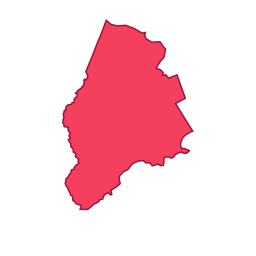 outline of York, Maine, United States of America, rotated 25°
{"feature_id": "52423323B79738313755225", "entity_name": "York", "entity_type": "district", "adm_level": 2, "iso_a3": "USA", "parent_name": "United States of America", "parent_adm1": "Maine", "projection": "natural_earth1", "projection_center": [-70.788, 43.437], "detail": "fine", "context": "isolated", "style": "filled", "palette": "rose", "viewbox_px": 256, "rotation_deg": 25, "n_neighbors": 0, "source": "geoboundaries", "source_scale": "gbopen_adm2", "svg_char_len": 3353}
<svg xmlns="http://www.w3.org/2000/svg" viewBox="0 0 256 256"><g transform="rotate(25 128 128)"><path d="M62.8,39.6L63.6,49.3L64.2,58.8L64.1,59.5L64.2,62.0L64.2,62.3L65.4,81.1L65.5,83.8L66.0,94.8L66.5,95.2L66.8,95.1L68.1,96.6L69.0,97.0L69.3,97.4L69.5,98.8L69.8,99.1L70.1,99.3L70.3,99.6L69.4,102.1L69.3,101.8L68.1,102.1L67.8,102.6L67.8,103.1L67.8,103.5L68.0,103.7L68.8,104.4L69.1,105.1L69.0,106.0L69.7,106.6L69.7,107.6L69.1,109.1L69.4,109.4L69.5,109.8L68.9,110.3L68.6,112.4L68.1,112.8L67.2,114.4L66.6,115.7L66.7,116.3L67.0,116.6L66.9,117.0L65.7,117.9L65.9,118.5L66.3,118.8L67.3,119.0L67.6,118.9L68.2,119.8L68.4,120.6L67.7,123.0L67.2,123.8L67.1,124.6L67.3,125.3L68.2,126.4L68.3,127.1L68.3,127.6L66.7,128.5L66.6,129.0L66.8,129.9L66.3,130.8L65.6,131.4L64.9,131.7L64.0,132.3L63.2,133.6L63.1,134.2L63.2,136.3L63.4,136.8L64.0,137.3L64.0,137.7L64.0,138.5L63.1,138.8L63.0,139.3L63.0,139.8L63.5,140.5L63.4,141.1L63.3,142.1L63.4,142.3L63.7,142.9L63.7,143.1L64.2,143.7L65.2,145.3L65.7,146.4L65.5,147.6L65.8,148.4L67.0,151.2L67.7,151.6L68.4,151.8L68.9,152.7L69.1,153.4L69.8,153.8L70.1,153.4L73.0,152.8L73.8,152.9L73.9,153.5L74.1,154.3L74.2,154.7L75.6,155.9L77.1,157.0L77.3,157.1L77.9,157.1L78.0,159.6L77.8,160.0L78.4,160.4L78.8,160.9L79.4,160.7L79.8,160.8L80.2,161.7L80.0,162.4L79.5,162.8L78.8,163.7L79.1,164.1L80.5,165.3L81.0,165.7L82.2,166.0L83.0,166.3L83.5,167.7L83.7,168.7L83.9,168.9L85.7,169.5L87.4,170.7L87.5,170.8L87.9,171.2L88.2,172.1L88.3,172.7L88.5,172.9L89.1,173.2L89.8,172.8L91.5,173.4L92.3,174.2L92.2,174.4L91.9,174.6L91.9,174.8L92.4,176.3L92.7,176.4L93.4,176.3L94.5,176.6L95.1,176.8L95.4,176.9L95.5,177.0L96.5,177.5L96.8,178.3L97.0,179.7L97.7,179.9L97.8,180.1L98.1,180.6L98.1,180.9L97.4,182.7L96.8,183.1L96.7,183.3L95.9,187.0L96.0,187.6L96.1,187.8L96.2,188.2L96.2,188.7L95.9,189.0L95.3,189.2L94.6,189.6L94.5,189.8L94.4,190.3L95.1,192.0L95.4,193.3L95.3,193.6L95.1,193.8L94.8,193.9L94.4,194.7L94.5,195.3L94.3,197.5L93.3,200.2L93.5,201.1L94.1,202.3L94.2,203.8L94.5,204.6L94.7,205.1L96.1,206.3L98.3,207.6L101.2,210.2L103.2,211.7L103.4,212.0L104.1,212.9L106.3,213.5L106.6,213.7L107.3,214.5L108.4,216.6L108.6,216.9L109.4,217.0L111.5,217.5L112.3,218.5L113.1,218.5L115.7,218.2L118.0,218.1L118.6,218.6L118.8,219.1L119.0,221.9L125.1,219.3L126.5,217.8L128.4,213.6L128.6,212.4L128.8,212.1L131.9,208.3L132.7,206.4L132.7,205.0L135.0,203.3L134.8,198.7L137.3,194.8L140.2,196.1L141.4,195.3L138.9,191.4L141.9,187.0L144.1,182.6L144.3,181.5L142.6,179.4L141.2,177.5L140.7,174.7L142.2,170.1L142.4,169.5L145.4,165.7L146.8,159.4L148.6,156.6L151.9,153.2L152.2,152.9L155.7,151.1L156.1,151.2L158.9,152.1L162.1,150.5L164.0,151.0L164.5,151.1L165.9,152.0L166.9,151.3L170.5,148.0L173.3,148.4L175.7,146.9L175.2,144.0L174.1,142.2L173.4,139.8L174.7,138.2L177.6,136.9L178.5,136.8L178.9,137.2L180.7,136.5L182.0,133.9L181.8,132.5L184.7,128.7L186.3,127.4L189.9,127.2L192.1,125.6L193.2,122.6L187.2,122.8L185.3,124.1L183.4,121.9L182.7,121.2L182.2,119.8L181.7,115.5L181.8,113.3L181.9,113.1L182.9,110.5L186.5,105.0L188.0,103.5L180.8,98.9L180.7,98.8L160.7,85.7L165.3,79.6L167.4,76.8L160.9,70.3L149.9,59.2L143.8,65.7L139.7,63.8L137.0,65.7L136.5,62.9L132.8,61.5L128.1,62.1L129.1,54.2L130.7,48.6L128.8,40.7L126.0,39.5L120.6,36.3L113.2,40.2L106.7,39.5L103.9,36.8L103.4,34.1L100.6,36.1L91.9,35.2L82.6,35.9L75.0,40.0L69.0,41.3L62.8,39.6Z" fill="#f43f5e" stroke="#9f1239" stroke-width="1.5"/></g></svg>